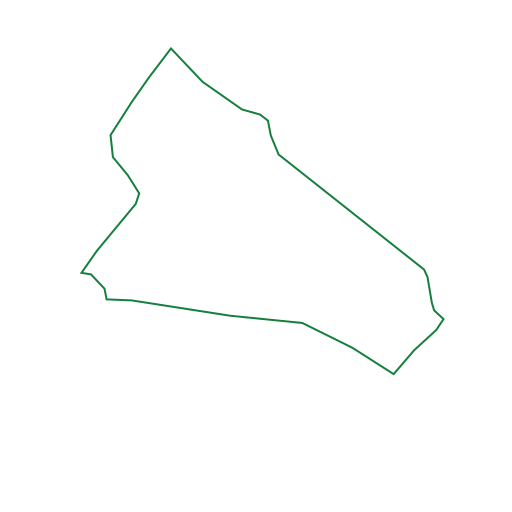 the border of Edinburgh, rotated 35°
{"feature_id": "GBR-2023", "entity_name": "Edinburgh", "entity_type": "Unitary District (city)", "adm_level": 1, "iso_a3": "GBR", "parent_name": "United Kingdom", "parent_adm1": "", "projection": "natural_earth1", "projection_center": [-3.306, 55.904], "detail": "fine", "context": "isolated", "style": "outline", "palette": "green", "viewbox_px": 512, "rotation_deg": 35, "n_neighbors": 0, "source": "natural_earth", "source_scale": "10m", "svg_char_len": 565}
<svg xmlns="http://www.w3.org/2000/svg" viewBox="0 0 512 512"><g transform="rotate(35 256 256)"><path d="M67.3,134.8L112.5,144.0L160.5,144.0L178.2,137.8L188.2,138.3L199.0,148.8L216.3,159.9L401.4,170.7L408.6,174.9L426.8,193.4L433.1,198.4L445.8,200.1L446.1,213.2L439.6,242.5L436.5,273.8L387.7,275.9L332.4,284.3L269.0,319.8L179.6,363.7L158.5,377.2L150.7,369.7L131.4,365.7L122.7,369.9L122.7,342.8L127.6,282.2L124.4,271.7L104.8,263.4L82.1,257.1L67.5,240.4L65.9,200.7L65.9,171.4L67.1,140.4L67.3,135.1L67.3,134.8Z" fill="none" stroke="#15803d" stroke-width="2"/></g></svg>